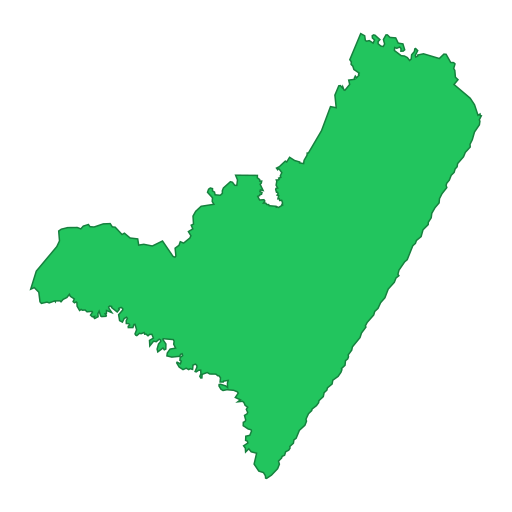 Ugu, KwaZulu-Natal, South Africa
{"feature_id": "47623444B80915190121590", "entity_name": "Ugu", "entity_type": "district", "adm_level": 2, "iso_a3": "ZAF", "parent_name": "South Africa", "parent_adm1": "KwaZulu-Natal", "projection": "robinson", "projection_center": [30.195, -30.583], "detail": "fine", "context": "isolated", "style": "filled", "palette": "green", "viewbox_px": 512, "rotation_deg": 0, "n_neighbors": 0, "source": "geoboundaries", "source_scale": "gbopen_adm2", "svg_char_len": 6003}
<svg xmlns="http://www.w3.org/2000/svg" viewBox="0 0 512 512"><path d="M265.6,478.1L266.6,478.4L271.5,475.1L277.6,468.7L279.4,464.2L278.5,461.1L281.6,458.0L282.1,456.4L284.6,455.2L285.6,451.8L288.7,450.2L290.0,448.2L289.8,446.5L293.4,443.2L293.9,439.9L296.1,438.3L299.4,430.3L304.9,425.3L306.5,421.2L306.0,419.1L308.5,413.7L311.7,410.6L312.1,409.0L316.4,405.7L318.6,402.7L319.0,400.6L323.3,396.6L324.1,392.7L326.8,390.2L327.5,387.8L332.1,384.0L332.8,380.2L338.1,376.4L341.0,372.2L341.9,369.7L341.5,368.6L345.0,365.3L345.5,360.7L347.7,358.9L348.5,356.7L348.2,354.9L351.7,350.2L352.4,346.9L360.0,337.6L361.5,333.0L365.9,327.1L365.4,325.8L367.2,322.4L373.7,315.0L374.7,311.5L378.0,308.4L380.6,302.7L384.9,297.8L388.2,289.1L394.3,282.3L396.0,278.0L398.9,275.7L397.9,274.3L399.0,270.1L404.7,261.8L407.2,259.7L412.8,245.7L415.4,243.4L416.4,240.5L421.1,236.6L423.0,229.8L428.2,224.6L428.3,222.3L431.2,217.8L431.8,213.3L435.0,207.7L439.1,202.9L439.5,198.6L442.0,193.7L446.8,187.6L446.1,185.4L446.7,183.3L449.3,180.1L451.2,175.3L454.1,172.4L455.1,169.0L457.1,166.8L457.6,163.6L463.5,156.8L465.3,152.4L470.2,147.0L470.0,144.3L472.3,139.7L474.5,132.0L479.4,124.8L479.9,121.2L479.3,119.8L481.3,115.8L480.2,115.5L480.0,114.0L478.0,115.3L474.5,104.7L470.2,98.2L454.0,84.5L458.0,79.7L455.4,77.2L454.8,70.4L453.7,68.5L455.0,63.9L453.6,62.6L450.7,62.5L446.1,54.3L443.9,54.1L439.3,58.5L423.5,53.8L417.8,55.0L417.8,56.0L415.8,57.0L415.3,55.4L417.7,50.6L415.6,48.5L414.8,48.9L414.4,51.5L411.6,54.8L411.2,59.0L409.6,60.5L407.4,57.6L404.4,56.0L401.2,55.7L394.4,50.5L394.7,47.5L396.8,48.3L399.7,47.0L401.0,48.6L400.9,51.2L403.2,51.1L404.7,49.8L402.9,43.9L398.2,43.1L395.7,37.9L389.9,37.4L387.4,34.9L386.0,34.9L383.4,39.5L384.6,44.0L383.3,46.5L380.9,46.1L378.1,43.8L378.1,41.6L379.9,39.6L375.0,35.2L373.5,34.9L372.2,35.8L372.4,38.0L374.6,40.0L373.1,43.1L369.3,40.6L366.4,41.2L365.3,40.2L364.7,35.8L360.7,33.6L349.8,59.7L351.3,61.8L351.1,64.4L352.8,66.1L353.9,69.5L359.2,73.1L358.5,74.1L359.0,75.2L356.5,77.8L355.3,76.1L354.3,78.2L354.7,79.3L348.7,80.1L349.7,84.4L344.9,90.3L344.0,90.0L342.7,86.6L342.3,87.8L340.4,85.6L338.8,85.8L334.9,95.1L336.2,107.7L330.5,106.6L321.5,130.7L308.4,153.0L307.2,153.0L307.0,155.3L304.1,160.3L303.6,163.6L299.6,162.9L299.7,162.0L294.6,160.5L289.6,157.3L286.7,162.0L285.3,161.1L279.3,166.7L276.5,168.1L277.7,169.7L278.4,168.7L279.3,169.2L281.8,172.6L280.3,175.9L280.8,177.4L278.7,178.1L279.2,179.2L278.5,179.9L276.3,180.0L276.8,181.3L276.1,185.2L277.7,188.0L276.0,188.4L275.7,189.5L276.5,192.3L277.5,192.2L278.1,193.8L277.1,195.1L278.7,195.6L277.9,198.8L279.2,198.7L279.7,200.5L281.7,200.3L282.6,203.1L281.9,204.5L282.6,205.0L278.5,207.5L276.6,206.6L276.4,207.9L276.0,206.3L269.1,205.7L268.7,204.6L266.7,204.5L265.7,203.1L263.4,203.1L264.8,201.0L263.9,199.7L259.6,200.0L257.7,196.3L259.7,195.6L259.9,194.4L261.5,194.3L262.0,192.5L259.9,191.6L260.4,189.9L263.1,190.5L260.1,184.2L261.3,183.1L261.7,181.1L259.7,181.1L259.7,179.6L257.3,177.7L257.4,175.4L235.6,175.2L237.5,179.9L236.8,185.4L234.7,185.3L232.5,182.3L230.4,181.7L223.4,188.0L222.3,190.8L222.4,193.3L220.3,195.3L215.1,194.8L214.5,192.1L212.5,190.9L212.5,188.6L210.3,188.0L208.6,189.2L207.5,192.3L212.5,197.8L212.2,201.4L213.9,204.3L201.1,206.3L195.7,211.3L193.0,216.1L193.5,224.1L191.2,225.2L192.8,228.9L188.4,231.6L190.9,235.7L189.9,238.0L183.6,243.1L180.3,241.7L179.0,245.3L175.1,248.2L175.9,256.0L174.9,257.2L173.0,256.4L162.5,241.0L152.3,246.0L143.8,244.3L138.7,245.1L137.7,238.9L130.1,238.0L124.4,233.2L122.0,234.5L115.2,227.2L112.3,226.9L110.2,223.6L103.2,223.9L94.1,227.0L90.0,226.7L88.4,224.5L83.3,226.1L80.8,228.9L77.3,227.5L67.7,227.6L61.3,229.2L58.7,231.0L59.5,240.9L56.8,246.6L36.3,271.1L30.7,289.2L34.3,287.6L38.8,292.2L40.0,301.8L41.4,303.4L47.0,302.1L49.2,302.9L54.7,300.9L55.4,301.8L55.6,300.9L59.9,300.8L61.0,301.8L63.1,299.4L66.9,297.5L69.4,294.3L70.3,296.3L74.3,298.9L73.1,301.6L74.5,302.8L76.2,301.9L76.9,302.5L77.1,306.2L79.6,310.5L81.1,309.4L82.3,310.2L85.1,310.0L87.0,311.8L92.0,311.4L92.5,312.1L90.5,315.1L92.3,316.8L94.6,316.4L94.0,317.7L94.7,318.5L98.1,316.7L97.9,313.7L99.1,311.2L100.7,316.0L101.6,316.6L106.0,316.3L106.3,315.3L105.1,313.8L106.4,313.5L106.5,310.5L111.8,312.6L109.1,308.6L108.6,306.9L109.7,306.0L111.6,306.4L111.6,307.5L117.2,312.0L119.2,309.6L118.7,308.4L121.1,307.4L122.7,308.6L122.8,309.9L118.6,314.7L119.6,320.6L122.4,322.1L124.1,318.6L126.5,317.2L127.4,318.4L126.2,320.7L126.3,323.5L128.7,323.6L129.7,325.0L128.2,326.3L128.3,327.6L132.9,327.6L133.9,324.5L135.0,324.3L136.6,329.8L135.0,333.9L135.8,335.2L136.8,335.6L139.5,333.3L141.1,333.7L144.1,332.5L144.7,334.2L145.9,334.0L148.0,335.8L149.6,334.4L151.9,334.3L153.4,338.1L149.5,340.4L149.8,345.9L153.6,341.2L156.3,341.7L159.2,339.2L160.4,339.8L160.8,341.3L158.5,344.1L157.1,349.1L157.8,351.9L163.0,348.0L164.3,349.8L165.8,349.1L165.9,344.0L162.9,339.6L163.2,338.7L173.3,339.6L174.1,341.3L173.7,344.2L175.6,348.1L170.1,349.1L167.3,353.0L166.9,355.9L171.8,357.1L179.6,356.3L180.6,354.3L182.1,353.7L182.7,355.6L180.2,357.5L179.9,360.3L181.3,361.1L180.4,363.8L177.1,362.2L176.7,362.9L179.2,367.1L183.0,369.6L186.2,368.2L188.7,369.6L190.1,368.7L192.6,369.4L193.0,365.1L195.4,364.1L196.7,365.3L197.0,367.0L195.1,371.5L196.2,371.9L198.6,370.3L200.7,370.1L200.9,373.8L199.8,376.3L200.8,378.0L201.9,377.9L202.1,374.4L207.2,372.5L209.8,374.0L215.9,374.1L217.7,375.7L218.9,375.7L220.5,377.8L220.1,382.0L223.3,382.0L223.7,381.1L228.2,380.4L227.4,383.3L227.6,387.5L225.7,385.9L220.4,384.2L219.1,384.5L219.0,386.0L221.0,389.3L223.0,390.5L226.9,389.7L233.7,390.3L237.5,391.9L238.2,393.2L235.3,397.5L240.4,399.8L237.8,401.8L242.4,401.3L243.9,402.4L245.1,405.3L247.7,407.2L246.3,409.3L247.7,412.4L247.0,413.9L244.5,415.4L245.7,420.0L245.0,421.5L243.3,422.3L243.2,425.7L248.2,429.0L251.0,429.7L251.5,431.1L249.8,435.3L245.8,436.2L245.6,440.4L247.3,441.1L247.9,443.0L243.6,445.8L245.3,448.1L245.6,452.0L248.8,448.8L251.2,451.8L256.6,453.2L254.1,464.1L258.8,471.1L263.5,472.6L265.4,475.8L265.6,478.1Z" fill="#22c55e" stroke="#15803d" stroke-width="1.5"/></svg>